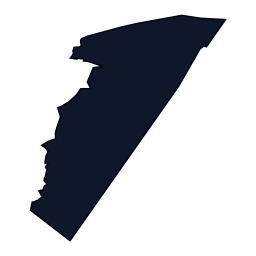 outline of Tafa, Niger, Nigeria
{"feature_id": "59680162B63010488329613", "entity_name": "Tafa", "entity_type": "district", "adm_level": 2, "iso_a3": "NGA", "parent_name": "Nigeria", "parent_adm1": "Niger", "projection": "mercator", "projection_center": [7.225, 9.227], "detail": "fine", "context": "isolated", "style": "filled", "palette": "ink", "viewbox_px": 256, "rotation_deg": 0, "n_neighbors": 0, "source": "geoboundaries", "source_scale": "gbopen_adm2", "svg_char_len": 1292}
<svg xmlns="http://www.w3.org/2000/svg" viewBox="0 0 256 256"><path d="M225.5,19.6L201.0,18.3L181.8,15.4L138.5,23.2L122.8,26.7L112.7,29.4L99.0,33.1L86.9,36.4L85.0,37.4L83.7,38.0L82.3,38.2L81.2,39.0L80.6,40.7L80.9,43.5L81.3,45.3L80.7,46.4L79.3,47.0L74.0,47.4L73.0,51.0L73.5,53.5L72.2,55.7L70.4,57.9L74.6,58.8L77.0,59.1L78.5,58.1L80.8,58.8L82.3,58.5L83.8,59.3L83.4,60.9L87.5,61.3L94.4,63.5L103.1,66.4L93.3,67.7L87.4,82.0L90.8,88.7L80.8,88.7L76.4,95.0L68.9,101.9L60.2,107.0L57.7,107.6L60.6,117.0L58.1,123.9L56.9,127.4L55.4,133.2L55.6,138.8L48.2,141.4L41.7,145.4L44.7,147.3L46.7,149.3L47.6,151.0L48.1,151.1L47.9,151.8L47.6,152.7L46.8,154.4L46.2,155.2L45.8,157.3L45.6,158.9L45.1,161.9L45.1,163.3L47.7,162.7L47.6,164.2L45.6,166.9L47.1,169.8L46.3,171.7L45.8,175.0L44.5,178.2L44.1,180.8L47.4,184.3L44.4,186.0L43.0,189.8L42.4,190.3L40.7,190.3L38.9,190.8L42.2,196.7L42.5,197.2L41.3,197.7L39.9,198.5L39.4,199.2L39.1,199.2L38.9,199.5L38.7,200.0L38.0,200.3L36.4,200.8L35.5,201.2L35.1,201.4L34.9,201.4L34.3,201.8L33.9,201.9L33.2,202.2L32.9,202.2L32.6,202.3L32.3,202.1L30.5,210.2L70.0,240.6L70.8,239.5L71.3,238.9L72.4,237.3L84.0,220.8L99.4,198.8L114.7,177.1L164.0,107.0L178.7,86.1L179.6,84.5L200.0,48.9L204.1,45.8L206.4,46.8L207.9,44.7L225.5,19.6Z" fill="#0f172a" stroke="#020617" stroke-width="1.5"/></svg>